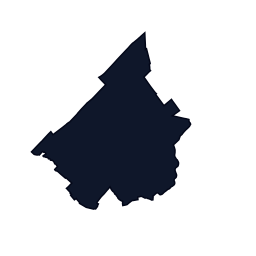 the district of Nga Bay, Hau Giang, Vietnam, rotated 212°
{"feature_id": "81297802B83257848753409", "entity_name": "Nga Bay", "entity_type": "district", "adm_level": 2, "iso_a3": "VNM", "parent_name": "Vietnam", "parent_adm1": "Hau Giang", "projection": "albers", "projection_center": [105.814, 9.824], "detail": "fine", "context": "isolated", "style": "filled", "palette": "ink", "viewbox_px": 256, "rotation_deg": 212, "n_neighbors": 0, "source": "geoboundaries", "source_scale": "gbopen_adm2", "svg_char_len": 5000}
<svg xmlns="http://www.w3.org/2000/svg" viewBox="0 0 256 256"><g transform="rotate(212 128 128)"><path d="M81.6,72.5L82.5,73.7L83.1,74.6L82.8,75.0L82.6,75.2L81.8,75.8L81.1,76.6L80.5,77.1L79.7,77.3L78.6,77.4L76.4,77.6L76.1,77.9L75.1,78.6L73.9,78.7L73.4,78.8L72.9,79.1L72.1,79.2L71.5,79.3L69.6,79.5L68.8,80.3L69.2,80.9L70.0,82.5L70.8,83.6L70.5,84.0L70.4,84.5L70.1,85.7L69.9,86.4L69.7,86.9L69.5,87.7L69.3,88.1L69.0,88.4L68.6,88.6L68.2,88.7L67.6,88.7L66.7,88.6L65.9,88.4L65.5,88.4L65.0,88.7L64.6,89.2L64.2,89.6L63.9,90.2L63.6,91.3L63.4,92.3L63.3,92.7L62.3,95.2L61.8,96.8L61.5,97.4L61.0,98.0L60.7,98.5L60.5,99.4L60.3,100.5L60.3,100.9L60.1,101.3L59.5,102.2L59.2,103.1L59.0,103.7L58.8,104.2L58.8,104.9L58.9,105.5L59.2,106.1L59.9,107.0L60.8,107.6L61.4,108.3L61.6,108.8L61.6,109.7L61.4,110.2L61.3,110.7L61.1,111.3L61.1,111.9L61.2,112.3L61.6,113.4L62.0,114.0L62.7,114.6L64.2,115.7L65.0,116.4L65.5,116.8L66.0,117.5L66.3,118.2L66.4,119.0L66.4,119.6L66.2,120.1L65.9,120.9L65.6,121.6L65.5,121.9L65.6,122.8L65.8,123.4L66.1,124.3L66.9,125.5L67.9,126.2L68.6,126.6L69.1,126.9L69.6,127.1L70.0,127.1L70.4,127.1L70.6,127.2L71.0,127.5L71.4,127.7L71.8,127.9L72.5,128.2L73.4,128.8L73.9,129.4L74.4,130.3L75.1,132.0L76.0,133.5L76.5,134.3L76.9,134.7L78.2,135.9L79.7,137.1L80.2,137.6L80.6,137.7L80.5,138.2L80.1,139.4L79.9,140.2L79.3,142.5L78.8,144.5L78.7,144.8L78.7,145.1L78.8,145.7L79.2,147.3L79.4,148.3L79.5,148.7L79.5,148.9L79.5,149.1L79.3,149.7L79.1,150.3L78.9,150.9L78.8,151.1L78.8,151.3L78.8,151.9L78.8,152.1L78.8,152.4L78.6,153.3L78.5,154.3L78.5,154.6L78.1,156.3L78.0,157.0L77.8,157.7L77.3,159.4L77.1,160.4L77.0,160.9L76.9,161.3L76.8,161.6L76.8,161.9L76.8,162.8L76.9,163.4L76.9,163.9L76.9,164.4L77.9,165.2L78.4,165.3L78.7,165.4L79.7,165.9L80.1,166.2L80.2,166.4L80.6,167.3L80.9,167.5L83.9,166.5L85.6,165.8L92.5,163.4L96.9,161.8L93.5,170.0L97.0,171.4L98.9,172.2L100.3,172.8L101.3,173.2L102.3,173.6L104.6,174.5L106.3,175.3L107.2,172.5L107.6,171.3L108.1,169.8L108.5,168.5L109.4,166.0L113.4,167.6L115.2,168.3L118.7,169.7L122.1,171.0L122.4,171.2L122.1,172.1L122.5,172.2L123.3,172.3L126.1,173.3L130.0,174.8L131.3,175.3L135.1,176.9L138.8,178.5L141.5,179.6L140.8,182.6L140.3,184.9L140.1,186.1L139.3,188.6L140.0,188.9L140.7,189.2L140.8,189.4L140.9,189.6L141.2,190.2L141.8,191.0L142.3,191.7L143.7,193.4L143.3,194.3L143.7,194.8L147.8,198.7L149.4,200.3L151.2,202.0L154.3,205.0L154.8,203.8L156.5,206.4L157.7,208.2L160.3,211.9L161.4,213.5L164.2,217.6L165.3,213.9L167.1,207.7L168.6,203.3L169.0,202.5L169.4,200.8L169.8,198.7L170.2,196.1L171.0,192.4L171.6,189.3L172.6,184.4L173.4,180.4L173.8,178.0L174.3,175.2L175.1,171.0L176.9,161.9L177.7,159.4L178.7,157.1L179.6,155.5L178.5,155.2L175.5,154.3L172.4,153.6L169.8,152.8L170.2,151.2L170.8,148.4L171.7,144.2L172.6,139.7L173.5,135.4L173.9,133.6L174.8,130.8L175.3,129.3L176.1,127.0L176.1,126.4L177.5,119.6L178.5,113.7L178.5,112.7L180.6,102.5L180.7,101.8L180.9,101.6L181.3,101.2L181.9,99.4L182.0,99.3L182.0,99.0L182.1,98.9L182.1,98.5L182.2,98.3L183.2,95.5L183.8,93.8L187.5,84.1L188.1,82.6L191.5,84.0L192.3,80.6L193.7,73.4L193.9,72.0L194.2,70.4L194.4,70.1L195.4,65.3L197.2,56.6L193.7,55.9L192.9,56.1L190.8,56.9L189.7,57.8L189.3,58.0L188.9,58.1L188.1,62.7L186.5,62.8L186.2,63.3L185.7,63.2L185.0,63.1L184.6,62.9L184.0,62.6L183.8,62.5L185.3,59.5L185.2,59.2L184.9,59.1L184.6,59.0L184.3,59.0L183.9,59.2L183.6,59.4L183.1,59.5L182.5,59.6L181.7,59.8L181.1,60.2L180.7,60.5L180.2,60.4L179.7,60.0L179.4,59.8L179.1,59.7L178.8,59.9L178.4,60.3L178.0,60.4L177.6,60.3L177.3,60.0L176.9,59.7L176.6,59.7L176.3,59.8L175.7,60.1L175.0,60.5L174.6,60.5L174.3,60.4L173.5,60.2L173.0,60.0L172.6,59.9L172.3,59.8L172.1,59.5L171.8,59.3L171.1,58.8L170.8,58.9L170.4,59.0L170.0,59.0L167.4,58.0L167.9,55.4L168.2,54.0L168.1,53.8L167.8,53.7L167.0,53.6L166.6,53.5L166.4,53.5L166.1,53.6L165.8,53.8L165.2,53.9L164.5,53.9L163.6,53.8L160.4,53.2L154.5,52.3L154.2,53.0L151.2,52.4L148.5,51.9L148.3,51.9L146.5,51.5L147.2,48.1L147.4,46.9L148.2,44.2L147.6,44.1L146.4,43.7L142.5,42.7L142.6,42.1L142.1,41.8L141.9,42.1L140.6,41.7L140.9,40.5L135.4,38.7L134.5,40.8L134.0,40.5L131.7,39.8L130.0,39.2L128.8,38.7L128.9,38.4L125.5,38.5L121.4,38.6L114.2,41.0L113.7,41.6L113.6,41.8L112.8,42.0L112.7,42.1L112.5,42.4L112.5,43.5L112.4,44.4L112.3,45.1L112.4,45.6L112.7,46.1L112.9,47.9L113.6,47.8L114.2,47.8L114.6,47.8L114.8,48.0L114.9,48.9L114.8,50.1L114.7,51.5L114.6,52.6L114.4,54.5L114.3,55.4L114.0,56.9L113.4,59.5L112.8,64.0L112.4,66.1L112.2,67.6L112.1,68.6L111.6,68.3L110.7,67.8L110.0,67.3L109.6,67.1L109.3,66.9L108.7,66.7L107.9,66.4L107.2,66.2L106.5,66.2L106.0,66.1L105.7,66.0L105.3,65.8L105.0,65.6L104.6,65.2L104.3,65.0L104.2,65.1L103.8,65.2L103.3,65.1L102.8,64.9L102.3,64.7L101.9,64.4L101.4,64.3L101.0,64.2L100.6,64.1L100.4,63.9L99.9,63.6L99.5,63.3L99.1,63.1L98.6,63.0L98.3,62.9L97.9,62.8L97.4,62.7L96.2,62.7L95.2,62.7L94.5,62.8L93.9,62.9L93.6,63.0L93.4,62.7L92.9,61.6L92.6,61.1L92.4,60.8L91.8,60.1L91.3,59.5L89.2,61.5L88.2,62.6L87.5,64.9L86.2,68.4L85.5,69.1L85.4,69.1L82.2,72.0L81.6,72.5Z" fill="#0f172a" stroke="#020617" stroke-width="1.5"/></g></svg>